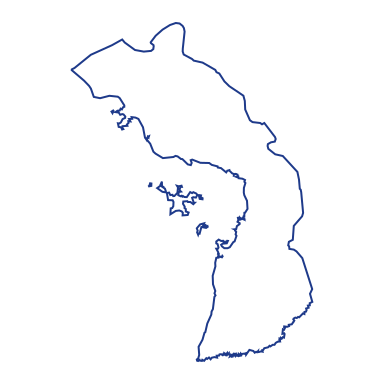 outline of Kolaka, Sulawesi Tenggara, Indonesia
{"feature_id": "22746128B69202393010200", "entity_name": "Kolaka", "entity_type": "district", "adm_level": 2, "iso_a3": "IDN", "parent_name": "Indonesia", "parent_adm1": "Sulawesi Tenggara", "projection": "mercator", "projection_center": [121.519, -4.102], "detail": "fine", "context": "isolated", "style": "outline", "palette": "blue", "viewbox_px": 384, "rotation_deg": 0, "n_neighbors": 0, "source": "geoboundaries", "source_scale": "gbopen_adm2", "svg_char_len": 6058}
<svg xmlns="http://www.w3.org/2000/svg" viewBox="0 0 384 384"><path d="M312.3,301.9L310.0,293.8L312.2,289.1L302.3,258.1L296.5,251.4L293.8,249.6L289.4,248.9L289.1,246.3L288.2,245.4L288.9,241.8L292.8,239.8L293.8,225.9L302.1,216.3L303.1,212.9L301.2,192.1L300.7,189.7L299.8,188.8L299.0,179.6L297.4,171.9L282.8,156.0L275.2,154.3L268.3,148.8L267.6,146.0L267.9,144.1L271.0,142.3L274.8,141.6L275.7,139.0L275.0,137.0L264.3,123.0L262.0,124.3L260.2,123.0L252.5,122.1L249.9,120.2L245.2,109.5L244.8,100.9L243.4,95.7L229.3,86.2L224.4,81.4L219.3,73.5L216.5,72.2L215.3,69.9L202.6,62.6L193.7,60.6L192.2,59.1L183.7,54.5L182.7,51.5L182.8,48.6L184.6,31.6L183.9,28.1L182.6,25.9L179.6,23.5L175.8,23.0L170.0,25.0L162.6,29.6L155.7,35.7L150.7,42.3L150.9,43.1L153.5,45.1L153.7,46.2L153.3,49.1L151.1,50.9L143.8,51.6L135.0,50.0L124.7,42.5L122.2,39.5L112.0,45.2L90.8,54.8L74.5,68.0L71.8,69.4L71.7,70.1L84.1,80.7L89.1,85.9L90.9,88.6L93.8,96.9L100.1,98.2L109.4,95.8L117.8,96.7L119.7,98.1L124.3,105.4L124.3,106.8L123.1,107.2L121.9,109.4L120.6,108.7L119.7,110.5L117.5,110.7L115.5,112.1L118.8,112.6L120.2,114.8L122.2,114.1L123.5,114.4L125.3,116.5L125.1,117.9L122.6,119.1L120.9,122.4L119.2,123.5L117.9,123.3L118.7,126.9L121.1,127.3L122.1,129.5L123.3,129.1L122.4,127.8L122.5,126.2L127.4,125.8L126.9,124.5L128.5,123.0L128.3,121.2L130.4,121.4L129.1,119.0L132.1,118.8L131.6,117.1L135.5,117.6L138.4,118.9L143.0,127.3L145.0,137.7L146.3,138.4L145.8,138.7L146.4,139.6L146.5,138.7L147.5,138.2L147.4,137.8L147.8,136.7L148.0,136.7L148.4,137.1L148.4,136.9L148.8,136.6L148.8,136.3L149.0,136.2L148.9,136.6L148.5,137.2L147.9,136.7L147.6,138.3L146.6,139.4L150.2,143.7L153.4,151.7L155.5,153.6L162.9,158.1L173.4,157.0L175.5,155.9L177.6,156.4L181.0,159.0L182.4,159.1L187.8,164.4L190.8,165.1L191.7,162.9L190.7,160.2L192.2,159.6L200.4,162.8L209.2,163.0L211.8,164.9L217.6,166.4L217.8,167.5L221.0,168.1L226.2,172.4L227.3,170.7L228.9,170.3L228.5,171.3L229.2,170.4L232.1,173.3L234.0,174.1L233.9,175.0L235.0,174.3L234.4,173.9L235.6,174.0L235.3,174.8L235.6,174.0L237.5,174.6L237.7,176.7L236.4,176.9L236.9,177.1L238.3,176.6L238.5,178.2L242.4,178.7L245.0,180.0L244.4,181.8L245.4,183.0L243.9,187.9L243.8,192.7L244.3,195.2L247.0,200.8L247.5,208.9L245.1,212.7L244.4,212.8L244.3,216.5L242.7,216.2L243.8,216.7L243.0,217.7L244.1,218.7L243.5,218.8L243.9,219.5L241.5,218.5L241.6,219.1L240.3,219.6L239.6,217.8L239.3,218.5L238.8,217.6L237.9,217.8L238.4,220.1L237.5,221.8L239.7,223.2L239.6,224.1L236.9,226.1L236.2,229.1L234.4,229.3L235.5,229.8L235.1,230.6L236.2,231.9L235.6,234.4L236.5,235.8L234.6,241.4L233.3,242.1L229.8,247.2L227.6,248.2L224.3,248.2L221.9,246.3L221.1,244.8L222.6,243.7L226.8,243.3L227.9,240.9L227.1,240.8L226.1,242.5L225.2,242.7L224.8,241.8L223.8,242.7L223.1,240.8L221.2,241.0L218.7,239.6L216.3,241.5L216.3,243.4L217.6,244.1L218.5,247.5L218.0,248.6L216.3,248.7L218.3,252.4L218.0,253.9L218.8,254.1L217.9,256.9L218.7,257.2L218.8,256.6L219.4,256.3L221.7,257.1L222.3,255.9L222.6,256.3L222.0,257.3L219.3,256.6L218.6,257.6L216.3,257.8L215.2,262.8L215.4,266.4L212.7,275.8L213.0,284.3L215.3,291.0L214.5,293.3L215.5,295.4L214.4,296.9L212.9,309.1L211.6,311.5L211.3,314.6L207.3,323.5L205.3,332.2L204.5,332.7L202.5,339.7L198.6,346.8L199.2,355.0L198.2,358.4L196.8,359.5L197.1,360.7L198.1,361.0L199.6,359.9L199.9,360.6L201.9,360.9L202.3,359.8L204.1,360.8L206.3,358.2L207.2,358.9L209.0,357.5L210.6,359.3L211.8,357.7L214.4,357.1L217.1,357.6L216.7,355.7L219.0,355.6L219.5,354.4L221.1,354.2L222.5,355.1L223.1,354.2L223.4,354.8L224.0,354.3L224.7,354.7L224.6,353.5L225.8,354.5L225.7,353.8L226.4,354.0L227.2,353.0L227.5,354.6L228.9,353.2L229.0,354.6L230.6,355.2L230.0,356.5L231.1,356.0L231.8,356.8L232.7,356.5L232.3,355.6L233.0,356.1L232.3,355.1L233.8,353.6L234.5,353.8L234.0,354.9L234.8,354.4L234.5,355.2L235.4,356.2L235.8,355.5L236.8,355.7L236.9,354.6L238.1,355.7L238.4,354.8L238.9,356.0L239.8,355.8L239.4,354.4L240.4,355.1L240.8,353.7L241.5,354.7L241.7,354.0L244.3,353.6L245.2,354.1L245.4,353.4L245.9,353.2L246.1,354.7L249.4,349.9L253.4,351.0L254.7,352.7L256.1,351.8L257.0,352.3L257.9,351.3L257.8,351.9L258.7,352.1L260.9,351.4L262.6,351.7L262.2,350.2L263.2,350.0L264.3,348.2L268.1,347.3L269.5,345.8L270.4,346.4L272.7,344.8L274.5,344.8L275.7,342.9L277.7,341.7L280.0,341.5L279.5,340.3L280.8,340.1L279.6,339.7L279.5,338.5L280.4,338.7L280.7,337.8L281.7,338.7L282.8,337.2L284.0,337.6L284.6,334.0L284.2,333.3L282.4,333.8L282.9,329.3L284.0,329.8L285.1,327.7L284.1,327.2L284.2,326.4L287.2,326.8L289.1,326.1L288.8,324.8L291.8,324.3L293.2,322.1L294.2,322.4L293.5,321.9L294.3,320.6L293.3,319.4L293.6,318.6L295.3,317.6L296.8,318.0L298.1,316.9L299.2,317.3L303.0,313.4L304.4,314.0L304.5,311.9L306.0,311.6L306.6,310.1L306.1,308.5L308.6,307.7L307.9,305.6L309.8,305.3L309.7,303.2L312.3,301.9ZM190.2,192.1L186.8,197.1L184.4,197.0L182.9,196.0L182.3,196.6L181.5,195.8L180.7,196.3L178.3,195.2L178.7,192.0L181.0,191.6L179.8,190.4L179.7,189.1L180.5,186.9L181.9,186.9L181.5,185.7L178.7,186.3L177.0,185.8L178.0,187.5L177.4,192.9L174.4,196.0L173.2,196.1L172.5,194.8L170.3,195.1L169.1,192.6L166.9,193.0L168.1,200.1L172.7,200.3L173.5,202.0L173.3,206.2L172.2,208.1L170.7,208.4L170.4,214.3L175.8,210.9L179.3,210.5L181.7,211.4L182.8,212.7L182.6,215.4L187.7,215.0L188.6,212.5L185.8,211.5L185.8,209.0L184.5,208.0L184.7,206.6L183.0,203.8L183.3,201.5L187.4,201.2L187.9,202.0L190.4,202.0L193.3,204.2L194.7,202.8L193.8,202.8L192.1,197.8L193.2,197.2L195.9,197.6L197.4,194.9L196.2,193.5L193.3,192.2L192.1,193.1L190.2,192.1ZM202.9,226.1L204.1,223.3L200.1,224.4L196.8,228.3L197.7,230.8L197.1,232.3L198.1,234.7L198.5,233.4L199.6,233.7L201.4,227.0L206.1,227.9L207.7,226.8L207.5,226.1L205.6,227.2L205.0,226.5L206.1,224.5L204.0,226.1L202.9,226.1ZM162.0,186.0L161.9,181.6L160.5,184.7L161.1,185.2L157.2,188.1L162.4,191.8L165.4,192.3L165.9,191.4L164.9,188.6L162.1,186.7L162.7,186.5L162.0,186.0ZM201.0,195.4L199.1,195.1L198.9,195.7L199.7,198.9L202.5,199.3L202.6,198.2L200.5,197.0L201.0,195.4ZM148.3,186.5L151.3,185.9L151.4,183.5L150.1,183.3L149.4,185.6L148.3,186.5ZM112.5,113.2L113.5,110.9L113.2,110.5L111.5,111.6L112.5,113.2Z" fill="none" stroke="#1e3a8a" stroke-width="2"/></svg>